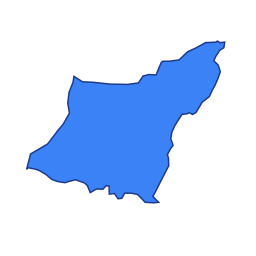 Fyti, Paphos, Cyprus (orthographic projection), rotated 84°
{"feature_id": "46923920B41172680844699", "entity_name": "Fyti", "entity_type": "district", "adm_level": 2, "iso_a3": "CYP", "parent_name": "Cyprus", "parent_adm1": "Paphos", "projection": "orthographic", "projection_center": [32.544, 34.932], "detail": "fine", "context": "isolated", "style": "filled", "palette": "blue", "viewbox_px": 256, "rotation_deg": 84, "n_neighbors": 0, "source": "geoboundaries", "source_scale": "gbopen_adm2", "svg_char_len": 1176}
<svg xmlns="http://www.w3.org/2000/svg" viewBox="0 0 256 256"><g transform="rotate(84 128 128)"><path d="M50.9,30.0L51.8,31.7L51.2,42.0L55.4,51.9L58.4,60.7L65.6,70.1L65.9,79.5L65.3,86.7L66.5,88.2L78.2,94.6L77.0,101.5L77.9,107.6L84.3,113.0L84.6,123.9L83.7,131.2L82.5,141.1L78.8,158.4L77.3,168.4L71.0,176.3L77.0,178.0L86.4,182.9L96.9,185.3L107.1,184.7L117.4,192.0L122.5,197.4L135.4,209.5L140.0,219.5L143.6,227.6L152.2,230.8L158.6,233.2L157.0,231.7L159.2,224.5L161.0,220.7L165.5,214.6L171.3,209.0L173.8,203.8L175.8,196.4L174.9,191.9L174.0,185.6L178.2,176.8L181.1,174.4L188.3,172.3L185.4,165.8L186.2,159.2L183.2,155.9L183.7,152.9L188.2,153.3L191.8,153.5L191.8,148.3L197.3,145.3L197.3,141.5L192.5,138.1L193.1,131.9L195.0,125.6L198.7,122.5L203.7,118.7L205.1,110.0L205.1,105.3L198.7,110.5L195.8,108.4L180.2,98.3L169.9,91.5L162.2,90.9L158.6,91.6L152.8,87.7L150.0,85.0L143.2,86.6L136.9,84.9L130.9,81.4L126.0,77.7L120.1,72.8L120.0,67.2L119.0,65.7L121.3,62.4L119.7,58.8L115.4,55.5L110.2,51.6L105.2,43.8L99.2,40.2L94.4,36.9L88.6,33.6L81.7,30.3L74.7,31.8L70.2,35.6L65.9,33.2L60.3,28.6L58.2,24.3L52.7,22.8L52.7,27.8L50.9,30.0Z" fill="#3b82f6" stroke="#1e3a8a" stroke-width="1.5"/></g></svg>